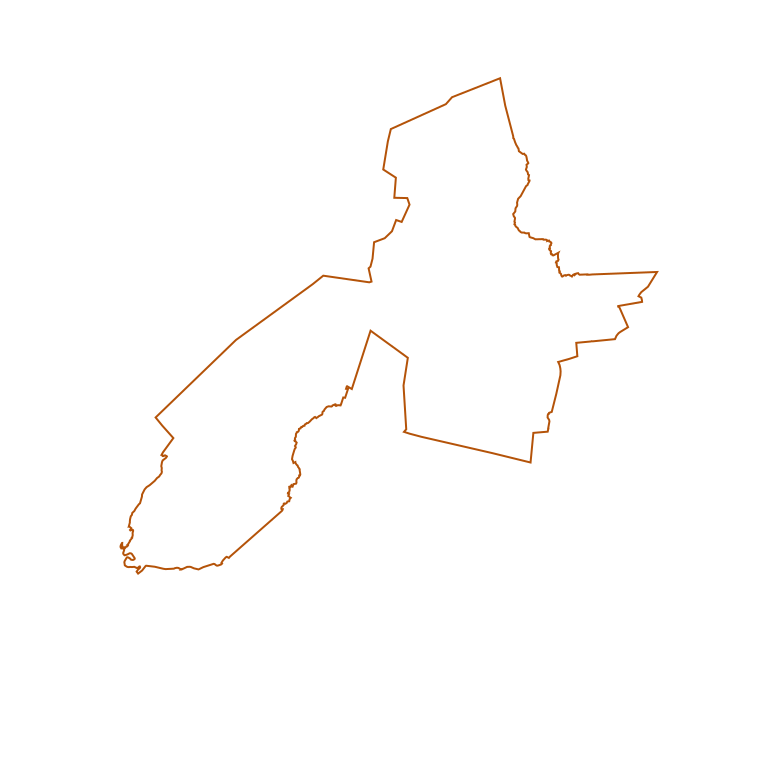 Twenterand, Overijssel, Netherlands (Natural Earth projection), rotated 311°
{"feature_id": "6326949B38031413121416", "entity_name": "Twenterand", "entity_type": "district", "adm_level": 2, "iso_a3": "NLD", "parent_name": "Netherlands", "parent_adm1": "Overijssel", "projection": "natural_earth1", "projection_center": [6.573, 52.439], "detail": "fine", "context": "isolated", "style": "outline", "palette": "amber", "viewbox_px": 768, "rotation_deg": 311, "n_neighbors": 0, "source": "geoboundaries", "source_scale": "gbopen_adm2", "svg_char_len": 6100}
<svg xmlns="http://www.w3.org/2000/svg" viewBox="0 0 768 768"><g transform="rotate(311 384 384)"><path d="M647.7,516.6L603.5,469.5L600.9,467.0L599.8,465.7L600.1,465.5L594.8,459.9L594.7,459.0L595.0,457.8L593.6,456.7L591.6,456.4L592.1,455.8L591.6,455.5L590.8,455.6L590.4,455.1L588.5,455.3L588.6,454.8L587.9,453.5L588.0,452.4L587.5,451.6L586.2,450.6L585.1,450.3L585.1,449.4L584.0,448.6L582.2,448.2L581.9,447.8L582.2,446.7L583.1,445.6L583.3,444.0L583.1,443.4L583.6,442.7L584.4,442.7L584.8,441.3L585.5,440.9L586.9,439.4L586.0,438.2L587.2,436.2L588.6,435.0L588.4,434.1L589.5,433.7L589.7,434.0L590.8,434.1L591.2,434.5L591.7,434.2L592.3,434.2L593.1,432.9L594.4,431.6L596.5,429.8L597.5,429.5L592.2,427.5L591.7,426.7L592.2,425.9L591.6,425.0L592.1,424.6L592.2,423.9L593.7,423.1L593.9,422.6L593.7,422.0L593.9,421.5L593.8,421.2L594.3,420.8L594.1,420.2L594.3,419.9L594.7,419.8L595.4,420.1L595.9,419.4L596.9,418.6L598.3,418.8L598.5,418.3L599.9,418.1L600.5,417.4L600.3,415.6L600.0,415.3L600.5,414.4L599.2,413.5L599.5,413.4L599.3,412.9L599.5,412.3L599.1,411.4L597.5,409.6L597.7,409.0L592.5,403.3L592.0,401.0L590.6,398.0L590.5,397.3L592.8,394.3L591.0,392.5L590.4,391.4L590.4,390.7L588.6,388.5L588.3,387.3L588.5,386.4L588.4,385.0L589.5,382.3L589.3,381.1L589.4,379.9L589.8,378.9L590.3,378.4L590.1,377.7L591.9,376.8L592.0,376.0L594.7,374.4L595.4,373.7L595.7,372.0L597.0,370.0L600.3,369.9L602.9,368.0L605.8,367.6L606.9,366.8L608.2,365.4L611.8,363.7L615.4,363.9L626.5,361.4L628.4,361.8L629.2,361.4L632.7,360.6L633.1,360.3L632.6,359.3L633.6,358.2L636.8,356.4L636.7,355.2L638.1,353.5L638.6,351.2L639.0,350.4L641.5,349.4L643.0,347.7L645.2,348.1L645.6,347.7L646.5,345.4L648.1,343.5L649.2,342.0L649.6,341.1L649.4,339.8L649.8,338.8L648.6,337.7L648.2,333.1L650.0,330.9L650.1,329.8L650.6,329.0L651.1,327.2L652.5,324.3L654.4,321.1L654.3,320.4L655.8,318.9L673.6,292.9L690.9,271.0L645.1,247.2L635.8,247.1L580.9,221.9L569.7,227.7L545.4,242.7L547.5,257.6L531.3,269.6L539.6,279.6L536.1,285.6L517.9,291.0L515.7,285.6L504.5,289.8L494.5,288.9L484.5,283.5L471.1,293.1L463.7,296.8L461.2,296.5L453.1,307.4L451.1,306.2L425.9,267.1L412.6,264.7L320.2,243.4L208.9,233.6L207.1,244.0L205.0,260.5L187.5,262.0L184.7,262.6L185.1,263.1L184.5,263.6L184.4,264.2L185.0,264.9L186.5,265.5L187.0,267.4L186.9,267.7L185.2,267.9L181.1,267.1L179.4,267.7L175.9,269.8L174.8,271.4L172.9,272.8L172.0,274.0L170.5,274.7L168.4,274.7L166.7,275.0L164.1,274.4L160.5,274.5L153.8,273.5L150.4,272.5L147.4,272.5L141.9,273.9L140.2,275.2L133.9,278.1L132.3,277.9L127.0,278.3L124.3,278.9L121.6,278.6L119.8,279.6L118.0,279.7L115.3,281.1L113.6,282.3L112.7,283.1L109.0,284.9L109.3,285.1L109.4,287.9L109.0,288.2L107.2,288.1L107.1,288.7L109.0,289.9L109.1,290.2L108.9,290.7L108.3,291.2L106.6,292.0L105.1,293.5L103.4,294.4L102.6,294.4L102.5,294.9L99.0,295.0L98.7,295.4L95.3,295.9L94.6,296.5L94.0,296.0L93.5,296.7L92.6,296.6L92.2,296.1L90.4,296.2L90.4,295.1L89.5,294.5L89.6,293.6L90.5,292.1L92.3,290.7L92.2,290.6L90.1,291.0L88.7,291.6L87.9,292.5L87.9,293.2L87.6,293.6L88.9,295.3L89.0,296.0L87.9,297.0L85.4,298.0L84.8,298.6L84.5,300.3L84.6,300.7L86.9,302.1L89.4,303.1L90.1,304.0L90.3,304.7L90.3,305.3L89.0,310.0L88.6,310.5L88.3,310.6L87.0,310.3L86.0,309.4L85.4,308.0L85.7,306.9L85.3,304.9L85.1,304.3L84.4,303.7L80.4,304.4L79.2,304.9L77.1,307.4L77.4,309.8L77.8,310.7L78.5,311.7L79.3,312.3L80.5,313.9L82.2,315.5L83.0,318.2L84.0,318.9L85.8,319.1L86.1,319.4L85.8,320.1L85.1,320.4L84.0,320.4L83.1,320.1L80.1,320.4L79.6,322.8L84.5,323.8L90.1,323.5L90.8,323.7L95.7,330.9L99.8,338.7L101.0,340.6L106.8,346.6L107.8,347.0L109.5,348.3L110.4,349.7L110.5,350.8L111.0,352.2L111.5,352.6L110.9,352.6L111.2,352.9L116.8,355.4L118.7,357.4L119.2,358.3L120.2,361.5L122.4,365.7L127.3,367.8L136.5,373.4L137.0,374.3L137.0,375.9L137.3,377.1L137.9,377.7L139.2,378.5L141.0,379.5L142.2,379.6L142.3,378.7L145.0,378.2L149.3,378.3L150.4,378.7L151.0,381.0L152.7,381.0L221.2,390.2L222.2,390.1L223.1,389.7L222.4,388.9L222.4,388.4L223.4,387.7L224.1,387.5L226.7,387.7L227.8,386.9L228.4,387.0L228.7,388.0L230.2,388.6L231.9,388.2L233.3,389.4L235.2,388.3L236.9,388.3L236.7,387.3L237.0,385.6L236.8,385.2L238.7,384.5L238.3,383.3L238.9,382.9L240.4,383.3L241.5,382.6L242.2,382.4L242.8,381.4L244.3,379.9L244.6,380.1L244.3,380.7L244.6,381.2L245.6,381.1L246.3,380.6L247.0,380.5L247.0,380.8L246.5,381.5L246.6,382.3L249.1,381.4L251.1,383.0L252.1,382.7L253.5,381.3L254.7,380.6L256.5,380.6L256.8,380.9L257.5,381.1L258.8,380.6L259.4,380.6L259.3,380.0L259.5,379.9L260.1,380.2L260.9,380.1L263.7,376.8L264.4,376.3L264.4,375.6L264.8,374.8L265.1,373.3L265.8,372.3L265.7,371.6L265.9,370.3L266.5,368.7L266.9,368.3L265.0,367.5L266.2,365.7L266.9,363.9L269.7,362.2L275.0,359.8L276.6,359.2L277.7,359.2L278.4,358.9L278.8,357.5L280.9,357.2L282.5,356.5L282.6,354.9L282.3,354.1L282.5,353.6L283.5,353.7L283.8,353.0L284.8,352.3L286.3,352.1L288.6,350.3L289.6,350.2L290.4,349.8L291.3,350.4L292.2,350.5L293.1,350.2L294.3,349.3L295.7,350.1L296.2,349.8L297.0,350.0L297.4,349.8L298.0,350.5L299.0,350.4L300.4,351.4L301.4,350.8L303.0,351.4L303.7,351.3L304.2,351.9L304.8,352.3L306.9,352.6L310.0,352.7L312.1,353.2L313.1,353.2L313.9,353.6L313.9,355.2L314.2,355.2L315.2,355.7L316.8,355.9L320.3,357.3L321.0,357.1L322.2,356.2L322.9,355.9L324.3,356.3L325.7,355.8L329.0,355.8L330.8,356.8L332.5,359.1L333.2,359.4L334.0,359.2L336.7,360.5L336.9,360.8L336.8,361.2L335.9,361.4L336.0,362.2L337.8,363.1L339.3,365.2L340.1,364.8L340.3,365.0L347.1,362.1L348.1,363.7L356.6,360.1L355.5,358.5L357.8,357.5L358.1,357.6L359.1,363.0L415.4,338.9L419.4,384.8L395.7,399.7L364.4,430.5L361.0,430.5L363.3,435.9L368.7,446.9L402.8,510.9L420.9,546.1L445.1,528.8L455.4,538.8L458.2,537.3L458.1,537.1L464.3,533.4L465.3,532.1L466.0,529.5L467.9,528.0L469.0,527.6L469.5,528.0L470.5,527.5L473.0,528.9L489.6,520.5L506.3,511.4L509.4,509.0L511.5,506.8L513.5,504.1L514.9,501.0L524.6,507.4L531.8,511.7L541.2,502.1L551.9,512.3L552.5,512.6L553.1,513.5L569.4,528.9L573.0,527.8L576.2,527.7L578.4,528.2L587.0,530.9L595.9,512.2L596.3,511.0L596.0,510.0L596.5,509.6L615.3,524.9L616.4,523.8L618.0,521.5L617.2,518.5L619.1,518.1L622.1,517.9L630.6,519.4L647.7,516.6Z" fill="none" stroke="#b45309" stroke-width="2"/></g></svg>